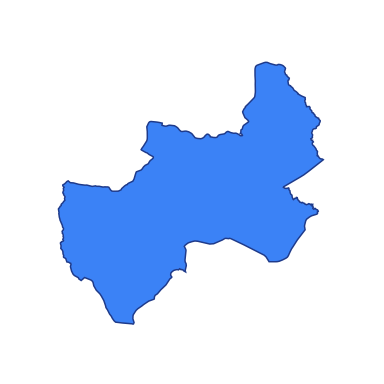 outline of Rolea B'ier, Kâmpóng Chhnang, Cambodia, rotated 103°
{"feature_id": "14789045B85845272815349", "entity_name": "Rolea B'ier", "entity_type": "district", "adm_level": 2, "iso_a3": "KHM", "parent_name": "Cambodia", "parent_adm1": "Kâmpóng Chhnang", "projection": "robinson", "projection_center": [104.575, 12.211], "detail": "fine", "context": "isolated", "style": "filled", "palette": "blue", "viewbox_px": 384, "rotation_deg": 103, "n_neighbors": 0, "source": "geoboundaries", "source_scale": "gbopen_adm2", "svg_char_len": 5940}
<svg xmlns="http://www.w3.org/2000/svg" viewBox="0 0 384 384"><g transform="rotate(103 192 192)"><path d="M50.1,129.0L48.6,131.3L48.1,133.0L48.0,135.0L48.2,136.0L48.3,136.7L48.9,137.2L49.3,138.0L49.5,139.2L49.3,144.7L48.8,147.7L49.0,149.2L49.6,150.6L53.3,156.3L54.0,157.3L55.3,158.2L57.3,158.3L58.8,158.1L64.3,156.8L69.5,155.3L72.9,154.6L78.8,153.1L80.6,152.7L84.8,152.3L85.8,152.5L86.8,153.0L93.8,157.2L96.2,158.8L96.9,159.2L97.4,159.0L99.4,160.0L101.9,160.6L102.5,160.7L103.8,160.0L107.7,157.1L108.3,155.8L109.6,153.5L110.6,152.7L111.2,152.9L115.5,156.7L116.7,157.1L119.4,157.2L120.4,158.2L121.0,158.2L123.1,157.8L123.9,158.2L124.5,156.4L125.4,155.6L125.9,155.9L126.3,157.5L125.5,159.1L124.9,161.4L124.8,162.5L125.4,164.6L125.4,167.6L124.9,170.1L124.9,170.7L125.3,171.4L126.0,172.1L127.6,173.1L128.2,173.9L129.7,177.5L130.7,178.9L133.0,180.0L133.6,181.1L134.0,183.2L134.1,186.6L133.3,187.0L132.5,188.2L132.1,189.2L132.2,190.3L134.0,191.8L135.4,192.3L137.3,193.9L138.1,195.4L138.5,198.1L138.6,199.5L138.4,201.3L135.4,205.0L134.9,206.0L134.1,208.7L134.0,211.1L134.2,212.3L135.3,215.2L135.4,216.4L134.5,218.1L132.6,220.5L131.7,222.8L131.4,224.1L131.9,228.6L132.2,229.6L133.6,231.8L133.9,232.9L133.8,236.2L131.6,236.5L131.6,239.4L131.8,242.2L132.5,247.7L132.8,248.5L133.3,249.2L134.4,249.8L138.6,250.7L143.1,249.2L148.5,247.9L150.6,247.5L152.4,247.6L158.2,249.6L160.8,250.7L162.2,251.1L162.5,250.6L163.9,245.8L164.0,244.5L165.1,242.3L166.3,237.9L166.7,237.5L167.7,237.5L169.0,238.3L170.8,239.8L172.6,240.5L174.2,240.9L174.9,241.6L176.6,243.7L177.3,244.1L178.3,244.8L181.1,245.9L182.2,246.7L184.8,250.7L186.1,251.0L192.5,251.4L194.8,252.1L197.6,255.7L198.5,256.5L199.4,256.8L199.7,257.6L201.2,259.0L204.5,261.3L205.8,261.6L206.1,261.9L207.8,264.1L209.0,269.2L209.1,270.3L208.4,271.7L206.1,274.1L206.0,275.1L206.7,278.4L207.2,279.8L207.3,283.7L207.9,286.1L207.7,287.3L209.0,290.5L208.9,296.0L209.4,297.8L209.8,301.8L210.0,304.1L209.8,309.4L210.3,312.7L209.0,315.2L210.0,316.3L211.6,317.2L213.0,318.2L214.0,319.4L214.8,319.4L215.4,318.9L216.1,317.7L217.4,318.2L219.3,317.4L220.4,317.7L220.9,317.6L221.7,317.7L222.3,317.3L222.6,316.7L223.5,316.5L225.0,314.8L225.7,314.6L226.8,314.8L228.8,314.0L230.0,314.9L231.5,315.4L233.1,316.5L233.5,316.7L234.5,316.4L235.2,316.8L235.5,317.2L237.3,317.7L238.1,318.3L239.0,318.2L242.1,316.9L243.1,316.9L244.2,316.4L246.2,315.7L248.4,314.5L249.0,314.3L253.6,310.9L255.4,310.1L256.1,309.2L256.8,308.9L257.9,308.9L258.8,309.5L259.7,309.7L260.6,309.1L261.2,309.2L262.0,308.3L263.1,307.7L264.4,307.6L264.8,307.1L266.0,306.9L266.8,307.2L267.3,307.2L268.0,306.3L268.5,306.3L269.0,306.7L269.7,307.8L270.4,308.0L270.8,308.7L271.8,308.6L273.8,307.5L276.6,307.1L277.5,305.7L278.9,304.5L281.4,303.7L282.6,302.8L284.2,302.6L284.6,302.2L285.2,300.1L288.3,298.2L288.2,296.3L288.7,295.1L288.7,294.2L289.8,293.6L291.9,293.7L292.4,293.5L296.1,291.6L298.8,289.4L299.8,287.9L301.1,283.4L302.1,282.8L303.2,280.1L299.5,277.4L300.4,271.3L300.7,270.2L301.3,269.1L302.3,268.1L305.5,266.6L309.2,263.2L312.0,258.8L313.7,257.0L317.6,253.5L322.3,250.6L324.0,249.8L326.0,247.7L329.4,244.9L331.2,242.7L333.0,241.2L335.0,239.0L336.0,237.2L335.3,230.5L333.9,220.6L334.0,219.7L333.6,219.3L332.2,219.1L328.8,221.1L326.1,221.6L324.8,221.6L320.0,219.9L317.9,218.5L314.3,215.2L312.5,213.8L308.1,209.7L305.0,204.9L304.6,204.7L302.8,205.0L301.0,204.7L299.0,202.8L294.3,200.4L288.4,196.5L281.6,194.0L280.3,192.9L279.4,192.5L278.0,194.0L276.7,194.3L275.6,194.3L274.3,193.6L272.5,192.1L271.2,189.8L270.9,188.5L270.9,187.6L269.6,186.8L270.2,185.1L269.8,184.6L270.0,183.2L270.6,182.6L271.3,180.3L269.9,181.0L265.0,181.0L263.1,181.7L261.7,182.9L260.0,183.5L250.4,184.7L249.4,185.1L246.7,187.3L245.4,186.7L242.9,184.7L242.0,183.6L240.3,180.7L239.1,178.2L238.7,175.4L238.7,163.0L237.5,159.2L231.9,151.6L229.8,149.4L229.5,148.4L229.2,145.7L228.8,145.3L228.7,144.8L228.7,143.7L231.8,129.6L237.3,107.5L238.6,105.2L242.6,101.2L241.2,95.1L240.7,93.3L239.9,91.5L237.8,88.5L235.4,85.6L234.0,84.4L232.4,83.8L228.3,83.0L225.0,82.2L222.9,81.4L215.0,78.6L203.4,73.3L200.0,74.7L198.4,74.8L194.3,74.7L192.7,74.2L189.8,71.8L188.2,70.0L185.6,65.5L185.0,65.0L184.5,64.9L183.4,65.4L183.0,65.3L182.7,64.7L182.3,64.6L181.2,65.7L181.1,67.1L180.3,68.0L180.4,68.7L181.4,69.4L180.9,70.5L180.3,70.7L179.6,70.4L178.9,71.0L178.5,72.1L177.7,71.4L176.9,71.6L177.3,72.2L177.0,72.6L177.0,73.2L177.6,73.6L177.2,74.6L177.1,75.6L177.8,76.2L178.2,77.1L178.5,77.3L178.6,77.8L178.4,79.2L177.8,79.6L177.7,81.3L177.3,81.8L177.4,82.4L177.9,82.9L177.6,83.9L177.6,84.8L176.8,85.3L176.6,86.0L176.2,86.3L175.6,87.3L173.8,88.2L173.8,89.1L174.8,89.4L175.2,90.6L176.6,91.3L176.5,91.7L174.5,93.2L172.6,93.9L171.9,95.3L170.4,96.3L168.7,96.9L168.3,97.6L167.8,98.1L166.6,98.4L166.3,98.9L167.1,100.3L167.5,102.1L166.9,104.0L166.3,103.9L152.9,89.7L150.0,86.8L145.4,82.9L131.0,71.3L130.6,72.1L130.7,74.5L129.8,76.0L129.4,76.3L129.2,76.6L128.6,77.0L128.7,77.8L128.5,78.2L127.9,78.0L125.7,78.8L124.6,78.7L123.8,79.3L123.5,80.0L122.3,80.7L121.5,81.5L119.8,83.5L119.1,84.9L118.2,85.6L117.0,85.8L115.9,85.0L115.6,85.3L115.3,86.0L114.5,86.2L114.6,86.7L114.8,87.1L114.7,87.4L113.3,88.2L112.9,87.6L111.9,86.9L111.2,87.2L109.3,87.3L108.9,87.5L108.3,88.2L107.5,88.7L105.2,88.4L104.7,88.5L103.8,88.2L103.0,87.4L102.5,86.0L102.1,85.5L101.8,85.3L100.3,85.4L98.3,83.5L97.8,83.3L96.7,83.4L94.7,83.0L93.7,83.1L92.8,84.4L92.2,85.0L91.7,85.1L91.5,85.6L91.6,86.2L90.6,88.9L89.2,89.7L88.6,90.7L87.8,91.4L87.6,91.9L87.7,92.5L87.5,92.9L86.0,93.6L84.6,95.6L84.3,95.8L83.0,96.0L82.3,96.9L83.1,99.6L82.0,100.0L81.0,101.0L79.7,101.3L78.9,102.2L78.1,102.4L77.5,102.7L76.5,102.4L75.7,102.6L75.3,102.9L74.5,103.0L73.8,106.8L72.6,110.8L72.2,110.7L70.9,112.8L69.9,115.4L67.8,117.4L66.7,119.8L66.3,119.9L66.2,120.9L65.8,121.9L65.3,122.3L62.3,123.5L61.4,123.4L60.9,122.8L59.2,122.8L57.9,125.2L56.7,126.1L56.7,126.8L56.3,127.4L55.3,127.9L54.5,128.7L53.9,128.9L50.6,128.7L50.1,129.0Z" fill="#3b82f6" stroke="#1e3a8a" stroke-width="1.5"/></g></svg>